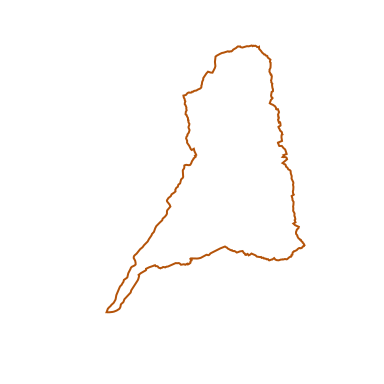 outline of Noen Kham, Chai Nat, Thailand, rotated 240°
{"feature_id": "78962969B80984630851813", "entity_name": "Noen Kham", "entity_type": "district", "adm_level": 2, "iso_a3": "THA", "parent_name": "Thailand", "parent_adm1": "Chai Nat", "projection": "equal_earth", "projection_center": [99.836, 15.024], "detail": "fine", "context": "isolated", "style": "outline", "palette": "amber", "viewbox_px": 384, "rotation_deg": 240, "n_neighbors": 0, "source": "geoboundaries", "source_scale": "gbopen_adm2", "svg_char_len": 6066}
<svg xmlns="http://www.w3.org/2000/svg" viewBox="0 0 384 384"><g transform="rotate(240 192 192)"><path d="M89.7,262.8L91.6,262.9L92.8,262.5L93.5,262.7L94.8,262.1L95.8,262.4L96.5,262.1L96.6,261.7L97.7,261.6L98.5,261.1L100.9,261.1L101.7,261.5L103.7,261.2L104.9,261.8L105.8,262.5L106.2,263.3L106.7,263.6L107.1,264.3L107.4,266.0L108.4,267.1L111.7,264.7L114.0,264.0L114.0,266.5L116.3,266.8L116.5,267.6L117.0,268.0L119.3,268.7L120.1,268.7L122.2,270.1L125.1,270.2L127.4,271.7L128.9,272.3L130.0,273.3L132.6,275.0L134.9,275.0L135.8,275.6L138.7,276.3L138.8,278.8L140.1,278.8L142.0,279.6L142.7,280.2L143.0,280.6L145.7,282.4L147.8,283.1L148.7,284.0L149.8,284.6L153.8,284.9L155.9,286.3L158.6,286.8L160.9,287.9L162.0,287.7L163.5,286.7L165.4,286.8L167.0,286.1L168.3,286.6L169.3,286.5L169.9,285.8L170.5,285.7L171.8,284.9L172.8,290.7L174.2,291.0L175.2,290.6L176.3,289.3L176.4,288.7L177.0,288.0L177.7,290.3L178.1,290.1L177.6,293.0L181.9,293.9L182.8,293.8L183.9,293.3L187.0,292.8L188.2,290.6L189.8,290.7L190.8,291.1L191.4,290.9L191.8,291.1L191.2,295.5L194.6,296.8L196.3,297.9L196.6,298.2L196.6,299.1L197.5,299.1L198.4,299.6L199.2,299.7L200.0,299.3L200.7,299.3L201.1,299.0L202.7,299.3L203.9,299.2L205.2,299.4L205.3,299.9L205.2,301.0L205.3,301.9L206.9,302.7L208.2,303.1L208.7,303.0L208.7,302.0L211.4,302.6L211.9,302.9L212.0,303.5L212.8,304.3L213.3,304.5L213.5,304.2L214.1,304.3L215.1,305.0L215.8,305.0L217.7,307.3L220.8,307.8L221.2,306.6L221.8,306.3L222.7,306.8L224.6,306.8L227.0,305.7L228.8,304.3L230.0,303.7L232.3,306.4L232.9,308.6L233.5,308.8L234.1,308.4L234.7,308.3L236.0,308.7L238.8,311.0L238.8,312.4L239.3,312.8L240.6,313.5L241.9,313.7L244.9,314.9L245.5,315.7L247.3,315.5L248.3,316.1L249.1,316.2L250.0,317.3L252.3,319.0L253.7,319.3L253.7,318.9L254.5,318.8L255.1,319.1L257.5,319.2L258.4,319.9L259.2,320.3L259.9,321.5L260.5,322.2L263.0,323.8L263.8,324.1L264.4,324.7L265.5,324.6L266.2,324.8L267.4,326.1L270.4,324.9L271.2,324.9L272.0,325.2L272.5,325.0L273.2,324.2L274.6,323.9L275.1,323.2L275.6,323.2L277.5,322.5L279.7,322.3L282.4,321.7L284.2,322.6L284.2,322.1L284.9,320.9L285.9,320.7L287.1,319.9L287.4,318.8L288.0,318.3L288.0,317.4L289.0,317.0L289.8,313.9L290.8,312.5L291.9,307.9L293.1,306.6L294.1,306.4L294.3,305.5L295.1,304.7L295.0,303.4L294.7,302.5L294.7,298.9L294.2,297.6L294.1,296.4L294.2,296.0L294.8,295.4L294.9,294.2L295.9,293.5L296.9,288.9L297.4,287.6L297.6,285.6L297.7,281.6L297.5,280.1L293.2,276.9L289.3,275.2L287.9,273.7L285.1,269.4L286.1,267.9L288.2,266.0L287.5,263.8L285.0,258.7L283.6,257.8L283.2,257.1L282.2,255.8L280.0,254.1L279.6,253.4L278.3,252.7L277.8,252.1L277.5,250.8L277.8,248.1L277.7,246.6L278.5,244.4L278.3,243.2L278.8,242.2L278.4,241.5L279.0,239.9L279.7,239.2L279.9,238.5L279.8,237.1L279.3,235.9L279.1,235.1L279.8,232.8L277.8,232.1L276.2,232.1L274.7,231.5L273.9,231.6L272.7,230.3L271.6,229.6L270.5,229.8L268.0,229.4L267.0,228.7L265.4,228.2L264.7,226.9L262.6,225.3L262.2,225.3L261.4,225.8L260.0,225.5L258.1,225.5L256.3,224.5L255.8,224.8L255.2,224.3L254.0,223.8L252.3,223.8L251.3,223.0L250.0,221.4L248.6,221.0L247.5,221.0L246.7,220.7L245.0,218.9L244.1,216.8L243.1,216.2L242.6,214.9L241.4,213.7L238.8,213.4L237.4,212.5L236.8,212.4L233.4,212.7L229.6,212.4L228.5,212.8L228.5,215.2L226.1,214.5L222.0,214.2L221.9,212.7L220.7,212.8L220.3,210.3L220.1,210.3L218.7,207.4L217.3,205.7L216.4,204.1L216.7,202.8L218.4,200.6L218.8,199.3L218.8,198.6L217.2,197.7L216.3,196.8L215.6,195.2L215.1,194.7L209.5,191.9L208.8,190.9L208.4,189.1L208.1,188.6L205.4,186.0L205.2,183.9L203.6,182.3L203.5,180.6L202.5,179.0L202.1,178.5L201.0,178.2L200.7,177.9L200.4,176.1L200.2,173.2L199.0,171.5L198.6,168.6L197.3,166.1L196.3,165.7L192.3,166.3L190.2,166.0L188.5,161.3L187.7,160.6L185.8,159.5L185.1,158.6L184.2,156.4L183.6,153.5L183.3,152.9L182.5,152.2L182.3,151.7L181.7,149.0L180.3,144.0L179.0,142.0L176.5,139.1L175.6,136.3L174.7,135.3L172.7,131.1L171.3,128.9L169.9,123.8L168.9,121.6L168.4,118.5L166.3,113.2L165.9,110.9L165.5,109.8L165.1,109.3L164.0,108.5L160.8,108.4L158.8,107.7L157.4,106.9L157.1,105.6L157.3,102.5L157.0,101.3L156.1,100.2L153.5,96.2L150.4,93.3L150.2,92.4L149.9,89.1L148.4,87.6L147.6,85.9L146.8,84.7L146.3,82.8L145.8,81.9L140.5,74.9L137.4,72.3L136.9,71.7L135.2,68.8L134.5,65.7L133.9,64.3L133.6,62.7L133.0,60.8L130.6,57.9L129.2,60.2L127.9,63.1L127.4,64.7L127.0,67.5L127.1,70.3L127.3,71.1L128.3,72.6L130.1,74.1L130.5,75.0L130.8,76.9L131.1,77.7L132.9,79.8L135.6,88.6L137.2,90.2L142.7,100.9L143.6,102.1L145.8,104.3L146.9,104.3L147.3,107.2L147.3,112.9L147.5,113.3L148.5,113.8L148.2,117.4L147.4,121.4L147.3,122.7L147.0,123.4L146.3,123.3L145.9,123.5L145.3,124.6L144.4,125.2L143.3,125.2L141.7,126.5L141.8,127.0L141.4,128.1L141.5,129.5L140.8,130.4L140.1,131.1L140.2,131.7L140.0,132.3L140.0,132.9L139.5,133.8L138.6,142.3L137.7,143.6L137.0,145.1L136.0,145.7L134.5,146.1L133.6,148.6L133.0,149.4L132.4,149.7L132.3,151.9L131.6,151.8L131.3,152.2L131.5,152.8L131.2,153.4L131.5,154.0L131.3,154.5L131.4,155.1L132.0,155.7L132.6,155.9L133.0,156.7L132.9,157.3L133.3,157.8L133.9,157.7L134.1,157.4L134.6,157.1L135.0,157.2L135.1,157.8L131.8,163.2L131.2,164.6L130.6,166.6L130.4,173.1L130.2,173.5L129.3,174.3L129.0,174.8L129.0,175.6L129.6,177.3L129.5,179.5L129.0,188.4L128.3,193.3L126.4,194.3L126.3,194.5L124.9,194.8L123.2,196.0L122.5,196.2L121.7,197.4L121.3,197.3L120.1,198.3L119.8,199.1L118.8,199.8L117.2,200.5L116.9,201.8L116.6,203.8L115.6,206.3L113.1,206.4L112.7,206.8L111.9,207.0L111.3,206.7L110.5,207.2L110.4,207.4L110.7,208.5L110.6,209.2L108.8,209.4L108.7,211.2L109.0,212.7L105.3,215.4L103.7,215.8L101.5,218.5L101.2,219.3L100.1,219.4L99.6,220.7L98.5,221.0L98.2,221.8L97.6,222.0L97.1,222.8L96.4,223.0L95.9,224.2L94.6,224.4L94.5,224.7L94.1,224.9L93.7,227.3L93.4,227.7L93.7,230.1L91.8,230.4L90.6,231.3L89.5,232.9L89.0,235.4L88.4,236.3L88.4,236.8L87.9,237.4L87.5,239.0L86.3,240.4L86.3,241.1L86.8,243.5L86.8,244.8L86.5,245.3L86.9,245.7L86.9,246.3L87.6,246.6L87.6,247.7L88.5,248.2L89.4,249.2L89.4,250.0L89.7,250.6L89.5,251.0L89.3,253.6L89.8,255.2L89.9,256.6L89.6,257.4L89.2,257.5L88.9,258.0L88.7,259.2L89.2,260.2L89.2,261.8L89.7,261.9L89.7,262.8Z" fill="none" stroke="#b45309" stroke-width="2"/></g></svg>